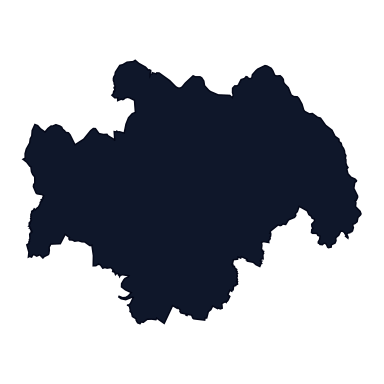 Pluak Daeng, Rayong, Thailand
{"feature_id": "78962969B8046097083868", "entity_name": "Pluak Daeng", "entity_type": "district", "adm_level": 2, "iso_a3": "THA", "parent_name": "Thailand", "parent_adm1": "Rayong", "projection": "natural_earth1", "projection_center": [101.223, 12.976], "detail": "fine", "context": "isolated", "style": "filled", "palette": "ink", "viewbox_px": 384, "rotation_deg": 0, "n_neighbors": 0, "source": "geoboundaries", "source_scale": "gbopen_adm2", "svg_char_len": 5919}
<svg xmlns="http://www.w3.org/2000/svg" viewBox="0 0 384 384"><path d="M356.2,200.4L357.6,197.4L357.6,196.0L353.8,188.3L354.8,182.4L356.3,181.4L356.5,180.6L355.0,179.0L351.1,177.3L347.9,173.7L346.8,169.1L348.0,167.5L346.8,165.9L345.9,163.1L345.9,159.5L345.3,158.4L345.9,155.6L344.7,153.4L344.5,151.0L343.5,148.4L341.9,146.2L341.1,143.1L339.1,141.6L338.9,139.1L335.0,136.3L332.0,130.2L325.6,125.3L320.5,118.1L317.5,117.3L312.4,113.5L309.4,113.9L304.7,111.4L303.7,110.0L302.0,104.2L298.8,98.4L297.3,96.8L293.8,96.6L291.2,95.0L288.3,87.7L284.4,83.7L283.6,82.2L283.3,79.3L281.8,77.2L280.1,75.7L276.7,76.0L274.7,75.3L272.8,70.7L271.2,68.3L267.0,66.0L265.0,65.6L257.7,69.1L255.9,70.7L252.4,74.7L251.9,77.7L251.1,78.5L248.6,78.6L247.4,77.0L246.1,76.6L244.5,78.5L241.1,79.6L238.9,83.8L239.1,84.5L237.0,85.9L234.7,85.9L232.6,88.2L232.5,92.5L233.3,95.3L232.2,97.7L229.8,95.4L218.2,94.9L210.5,91.6L208.7,90.3L204.5,85.6L203.8,81.0L201.7,77.8L200.0,76.8L195.3,76.8L193.1,75.8L185.3,83.1L182.1,87.0L180.2,88.1L177.9,88.0L175.7,86.7L169.7,80.6L159.1,73.0L156.7,72.9L156.1,73.9L152.5,72.8L152.1,74.1L150.8,74.2L150.0,76.0L149.8,73.8L150.7,72.0L150.7,70.4L149.3,69.8L148.3,70.1L145.5,67.1L138.8,63.4L135.2,60.3L133.2,61.6L127.0,62.2L122.7,64.7L119.8,65.4L115.4,72.2L114.9,75.3L114.0,76.4L113.4,78.3L113.4,80.5L114.4,83.2L114.1,83.9L115.4,86.3L115.1,87.4L114.4,87.1L114.0,87.9L114.8,88.6L114.7,91.2L114.4,91.6L113.7,91.3L113.3,93.8L111.9,95.2L114.8,97.8L117.7,97.8L117.7,100.6L121.5,99.0L122.3,99.6L123.6,99.4L124.9,98.1L127.4,97.3L129.5,97.8L134.5,100.3L135.4,112.4L132.2,113.7L128.5,117.8L126.0,124.1L124.2,133.1L119.6,131.8L117.5,131.9L116.8,131.1L115.9,131.9L114.2,131.6L114.8,140.8L114.0,139.4L107.9,135.7L107.0,134.3L103.5,134.5L99.0,133.6L95.4,128.6L93.3,128.5L90.6,130.7L83.7,139.2L75.0,144.8L70.1,134.9L68.4,132.8L65.5,132.3L64.6,130.8L62.6,129.2L61.7,127.2L60.0,126.1L55.9,124.7L52.3,126.2L51.1,126.0L48.0,128.4L45.0,132.0L40.5,128.8L37.7,125.6L34.9,124.5L32.2,130.5L31.8,136.0L30.3,138.7L29.7,143.0L26.3,149.1L25.1,153.7L25.2,158.1L23.0,159.3L26.7,162.1L29.8,166.2L30.9,166.7L31.5,171.7L32.8,174.6L34.7,176.8L34.8,182.8L33.6,184.7L33.4,186.7L36.1,193.0L37.1,193.8L42.2,194.6L43.8,195.8L42.8,197.4L43.1,198.5L41.1,199.9L42.0,200.8L40.4,202.1L40.1,203.0L40.4,203.6L38.0,207.8L37.5,207.7L35.4,209.8L34.2,208.8L32.9,211.1L32.5,210.8L31.7,211.3L31.9,211.8L30.9,214.8L31.4,215.6L30.8,216.1L31.2,218.0L30.6,218.4L31.3,220.6L30.6,221.0L30.0,223.3L29.5,222.6L29.2,222.9L29.3,225.8L28.8,226.2L29.7,226.6L30.2,227.7L29.7,228.1L30.6,228.4L30.6,229.8L31.5,230.3L31.9,231.7L31.2,231.6L31.0,233.0L30.2,233.2L29.7,234.3L30.0,238.8L29.4,239.5L29.5,241.5L28.9,241.8L28.9,243.5L26.8,244.8L28.9,252.3L28.4,257.0L29.5,256.4L31.6,257.1L32.6,255.2L33.9,254.5L36.7,256.1L39.8,254.8L42.9,258.0L44.2,256.6L48.1,254.7L48.8,253.8L49.3,250.4L49.1,247.3L50.8,244.1L60.3,243.7L65.2,234.3L69.5,237.6L68.9,238.9L69.6,239.9L72.4,240.0L74.6,241.2L78.4,240.7L81.9,241.8L84.7,241.9L89.7,245.5L91.0,245.6L91.9,245.1L93.4,255.6L93.2,265.8L95.9,265.7L98.6,263.9L98.9,264.5L100.3,264.6L102.8,268.2L104.9,267.5L106.5,268.0L106.9,267.5L107.4,268.1L110.6,267.6L111.4,268.0L113.1,269.7L112.6,271.4L113.3,271.9L114.4,271.4L115.5,274.6L116.8,273.3L118.3,273.5L119.0,274.3L118.4,274.8L118.9,275.3L118.8,274.7L119.1,274.5L119.6,276.5L120.3,275.3L122.5,274.7L129.0,275.8L128.2,277.0L125.1,278.4L124.0,279.6L121.6,283.6L121.5,286.9L125.5,289.9L131.3,292.6L128.3,295.9L125.7,297.5L122.5,297.7L119.1,296.3L118.8,297.0L121.1,298.7L125.7,299.7L132.3,297.1L133.3,297.4L130.4,303.6L128.7,305.0L127.0,305.1L128.6,305.6L129.6,306.8L130.3,310.1L130.0,311.5L131.5,312.6L132.4,316.5L136.0,318.7L136.2,320.3L137.6,322.8L140.0,323.7L141.2,321.9L143.3,322.3L147.2,319.3L151.6,319.1L155.9,319.7L156.7,318.1L164.2,323.4L172.6,305.6L177.2,308.3L177.6,307.5L178.6,308.3L180.3,309.8L179.9,311.3L180.9,312.9L186.1,314.1L185.9,315.0L187.0,315.5L187.6,314.4L191.6,315.1L192.9,318.2L193.8,318.8L204.7,320.1L205.0,318.0L206.7,318.0L208.3,311.7L210.8,309.7L212.7,306.0L217.6,308.6L218.1,308.0L220.4,308.9L222.2,308.2L221.8,303.5L225.1,301.8L226.2,302.4L226.4,301.3L227.1,301.4L228.1,300.1L229.8,296.4L227.9,294.7L229.8,290.2L231.8,291.3L232.2,290.1L233.1,289.9L233.6,286.2L235.8,285.5L235.9,284.7L237.5,284.2L237.3,282.3L236.6,281.8L237.5,281.3L236.8,280.4L237.4,279.6L236.7,277.5L237.3,276.4L236.9,273.9L237.5,273.4L236.8,272.8L237.1,271.5L236.2,271.1L236.7,269.5L234.8,268.0L234.4,266.4L233.6,266.1L233.1,266.5L232.0,264.5L232.8,264.5L232.5,263.6L233.4,259.7L237.6,259.2L238.0,256.9L240.7,258.1L241.4,256.6L247.0,259.2L246.5,260.0L247.3,260.3L247.3,261.1L253.3,262.3L256.0,264.7L259.8,266.5L260.5,264.9L260.2,264.0L261.7,263.5L260.7,261.6L261.6,261.1L260.4,260.7L260.6,260.1L261.5,258.8L263.1,258.9L262.8,254.7L263.6,253.4L263.2,252.9L263.6,251.5L262.4,251.4L262.6,250.3L261.4,249.6L261.9,245.1L261.4,242.4L263.6,241.6L268.8,242.5L268.6,240.4L269.8,239.5L270.2,238.2L269.8,237.3L270.6,236.2L270.8,233.8L269.9,233.4L270.5,232.8L270.1,232.1L270.6,231.0L278.1,224.9L280.1,225.6L281.4,225.3L282.7,224.0L285.7,224.5L288.5,219.9L294.5,217.4L295.8,215.6L295.4,213.6L297.3,211.6L299.1,206.3L307.2,210.8L308.9,214.6L311.4,216.3L312.1,218.2L314.2,218.9L314.6,221.1L311.7,224.2L311.9,226.4L312.9,228.4L311.8,229.5L311.5,232.6L312.6,233.3L316.8,233.4L317.9,235.4L320.1,236.2L319.6,239.5L318.2,242.0L318.4,243.2L319.6,243.5L319.9,244.4L322.4,244.7L323.6,243.5L324.8,243.2L326.4,244.3L327.6,247.1L328.4,247.7L331.2,247.1L331.4,244.8L335.0,243.1L336.0,240.7L335.7,238.6L336.1,237.4L338.7,235.3L340.7,231.2L342.8,231.3L344.8,232.9L344.8,233.7L346.3,234.9L345.5,236.2L347.9,238.2L348.1,237.1L347.5,236.4L347.4,235.2L346.6,234.7L347.0,233.7L348.6,232.8L349.8,232.8L350.2,232.0L351.6,231.8L352.5,230.8L353.4,227.6L352.8,225.9L352.9,224.2L354.8,223.6L357.1,221.7L357.9,217.5L360.5,214.9L361.0,213.9L360.1,211.3L355.5,206.6L355.9,202.8L355.2,200.6L356.2,200.4Z" fill="#0f172a" stroke="#020617" stroke-width="1.5"/></svg>